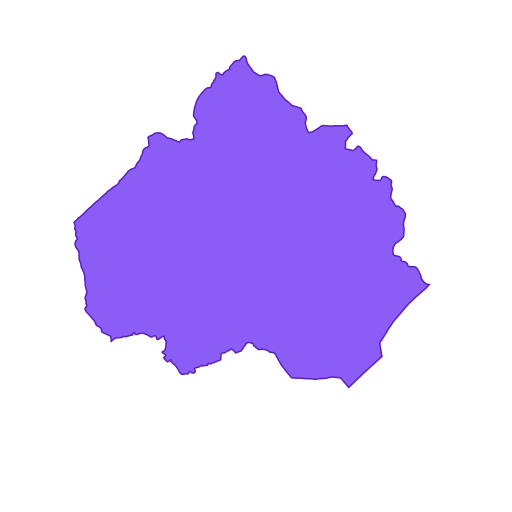 the district of San Jerónimo, Comayagua, Honduras, rotated 130°
{"feature_id": "27666195B29530067641484", "entity_name": "San Jerónimo", "entity_type": "district", "adm_level": 2, "iso_a3": "HND", "parent_name": "Honduras", "parent_adm1": "Comayagua", "projection": "mercator", "projection_center": [-87.555, 14.647], "detail": "fine", "context": "isolated", "style": "filled", "palette": "violet", "viewbox_px": 512, "rotation_deg": 130, "n_neighbors": 0, "source": "geoboundaries", "source_scale": "gbopen_adm2", "svg_char_len": 6159}
<svg xmlns="http://www.w3.org/2000/svg" viewBox="0 0 512 512"><g transform="rotate(130 256 256)"><path d="M350.0,413.3L351.9,412.4L352.3,410.4L352.6,409.8L354.8,408.6L355.9,407.4L357.0,405.7L357.3,405.0L357.2,404.3L357.6,403.8L358.6,403.5L359.7,403.9L360.4,403.8L362.1,403.0L363.8,401.8L364.9,399.7L366.6,394.5L368.2,392.8L372.3,389.3L374.6,385.1L376.2,383.5L377.0,382.2L379.4,377.2L382.0,373.7L384.8,371.3L386.5,369.4L387.9,368.4L392.4,362.3L393.6,361.7L396.7,360.7L397.8,360.1L398.5,359.4L400.1,356.8L401.9,355.4L402.3,354.2L403.0,353.5L403.4,353.4L405.0,353.5L406.5,353.0L407.2,352.0L407.8,350.0L408.5,344.6L409.0,342.3L409.5,338.4L409.9,337.2L411.0,335.3L411.6,333.7L411.6,333.0L411.0,330.4L411.0,328.4L412.5,326.2L413.1,325.9L413.2,325.5L412.9,323.0L411.2,317.4L411.0,316.1L411.8,314.4L414.2,312.4L414.5,311.9L414.3,311.8L413.5,312.0L412.0,311.7L409.0,310.8L405.5,307.2L404.2,306.3L403.1,306.1L402.3,304.8L400.9,303.4L397.4,301.1L396.4,300.0L395.4,299.9L394.0,300.5L393.2,300.3L393.1,299.9L393.4,299.2L393.5,298.5L393.4,297.7L393.1,297.2L392.1,296.3L390.3,295.3L388.7,294.2L388.0,293.3L386.6,289.7L385.5,284.0L384.6,283.5L382.9,283.0L382.0,281.9L381.9,280.7L382.5,279.6L383.4,278.6L383.3,277.7L382.5,277.2L377.7,275.8L376.9,275.3L376.6,274.8L377.0,274.0L378.0,273.4L378.5,272.8L378.7,272.1L378.8,270.8L379.5,269.5L380.7,268.8L384.1,266.3L385.5,265.7L387.2,265.4L388.2,265.6L389.3,266.1L390.1,266.0L390.3,265.6L389.8,261.9L390.0,261.2L390.7,260.9L392.6,261.5L393.5,261.0L394.1,256.1L393.6,255.6L392.7,255.1L390.5,254.8L390.3,254.6L391.1,253.9L391.7,252.6L391.7,247.2L392.9,242.8L394.4,239.3L394.4,237.4L394.1,236.2L391.1,233.9L390.0,232.2L389.3,232.2L387.6,232.7L387.1,232.5L386.7,231.8L386.9,230.7L386.8,230.1L386.3,229.1L385.7,228.5L384.5,228.1L383.9,228.1L382.8,229.0L382.0,230.6L381.6,230.8L381.0,230.7L379.9,230.0L378.0,228.4L375.3,227.7L374.9,227.3L375.0,226.6L373.0,225.0L370.9,222.8L370.2,222.9L369.1,223.5L368.7,223.4L367.8,221.4L358.2,216.3L354.1,219.4L352.6,219.6L351.6,219.3L350.3,217.7L349.3,217.3L347.3,217.1L346.2,216.0L343.5,215.3L342.9,214.7L342.7,213.6L343.2,210.0L343.4,209.5L343.0,209.0L340.5,207.7L338.2,206.3L329.4,207.2L327.7,206.7L326.6,205.8L325.1,202.2L325.3,201.3L326.0,200.4L326.2,199.6L326.1,194.1L325.6,193.4L323.3,191.3L322.0,189.1L321.0,187.0L320.8,183.6L318.8,180.4L318.5,179.2L318.8,177.9L321.0,172.5L323.4,166.0L326.5,150.6L324.1,147.2L321.3,143.8L318.9,140.3L314.5,134.7L312.8,131.9L306.9,126.1L306.2,125.2L304.2,123.4L300.2,120.5L295.6,113.8L295.1,112.6L295.2,111.0L295.5,109.2L295.8,108.2L297.1,100.5L274.5,98.0L251.9,94.9L251.4,96.0L250.5,96.7L244.6,103.6L242.8,105.3L230.3,107.0L226.8,107.7L221.7,108.1L219.4,108.5L216.5,108.6L211.2,108.5L195.4,108.4L184.0,107.1L170.7,105.0L166.5,104.9L167.6,106.6L168.0,108.3L168.1,109.1L167.7,112.5L166.9,114.7L164.6,118.0L164.1,119.5L163.0,121.5L162.2,123.7L161.9,125.5L162.0,126.6L162.3,127.5L163.5,129.2L165.5,131.6L166.0,132.7L166.0,133.2L164.7,135.0L164.5,137.0L164.8,138.4L166.1,140.6L166.3,141.4L164.8,143.4L164.2,145.2L164.5,146.2L166.5,150.2L166.6,151.3L166.3,152.2L164.3,154.3L162.1,155.7L160.5,156.6L158.5,157.0L156.3,157.1L152.1,155.9L149.1,155.4L147.3,155.3L146.3,155.5L145.0,156.2L141.7,158.8L140.6,159.4L137.9,162.5L136.2,164.0L134.1,165.2L129.9,166.9L128.6,167.8L127.7,168.6L126.2,172.4L125.9,174.3L126.3,176.0L126.2,177.8L126.4,179.1L126.9,180.0L127.8,180.2L128.2,180.9L125.6,187.4L125.9,188.2L125.7,188.9L124.8,190.2L122.1,192.2L117.2,194.6L114.8,198.1L114.0,198.8L112.7,199.3L111.1,200.8L111.5,206.1L112.0,207.5L112.9,209.2L113.6,209.9L114.4,210.1L115.2,210.0L117.1,209.3L118.2,209.5L119.5,210.8L122.0,214.5L122.1,215.1L121.6,215.8L120.5,216.6L116.3,217.4L114.2,218.1L111.7,219.1L109.1,222.5L106.1,224.2L105.2,225.2L105.3,225.5L107.6,228.6L106.9,234.9L107.1,238.5L107.0,240.6L106.7,242.5L105.6,246.1L106.1,248.4L106.9,248.7L110.4,248.7L111.9,249.0L112.8,249.4L113.3,250.1L113.8,251.5L114.9,253.7L116.1,255.4L116.3,256.7L114.3,258.0L111.2,260.7L110.1,261.1L105.8,261.5L104.8,261.3L103.3,261.4L100.9,260.9L100.3,261.1L99.8,261.7L99.4,262.5L99.0,265.5L97.9,269.4L97.5,270.1L97.5,270.5L98.0,271.2L99.4,272.1L101.7,274.4L105.7,279.6L107.4,281.0L108.8,282.7L112.4,287.8L113.4,288.9L115.0,289.7L117.8,290.3L124.0,292.3L125.2,292.9L126.4,293.9L127.3,294.9L127.6,295.5L127.2,296.6L125.0,300.4L123.0,303.1L121.8,304.2L120.0,304.9L118.4,305.8L117.1,307.0L116.3,308.9L115.6,313.2L114.0,316.0L114.1,317.1L116.0,321.7L117.0,323.7L117.4,325.0L117.5,326.5L117.3,329.0L117.5,334.7L116.6,338.5L116.2,341.9L115.6,344.0L114.8,345.4L109.6,352.3L108.8,354.3L107.3,356.6L107.6,358.7L108.2,360.5L110.2,365.0L110.8,365.6L113.9,367.5L115.1,368.7L115.7,369.6L116.5,376.1L115.1,381.9L113.8,386.6L110.7,391.0L110.2,392.5L110.3,393.5L110.9,394.1L111.8,394.3L116.7,394.4L119.5,396.9L120.8,397.5L127.4,397.6L128.8,397.1L129.5,396.2L132.8,397.6L134.1,397.9L137.2,398.4L138.2,398.0L139.1,398.8L139.9,400.1L139.9,401.2L139.6,402.4L139.7,403.0L140.5,403.6L141.8,404.0L145.0,401.5L146.6,401.2L148.3,401.2L149.6,400.6L153.2,400.3L154.4,399.5L155.8,399.1L156.3,399.2L158.5,401.3L161.1,402.1L168.3,402.2L170.8,402.1L175.6,401.0L180.2,399.1L181.9,398.4L187.0,395.3L188.2,394.4L189.0,393.6L190.5,388.5L191.3,387.1L192.4,386.6L196.5,386.6L200.0,384.5L201.9,383.8L202.7,383.1L203.9,381.1L205.2,380.0L206.0,379.0L206.3,378.8L206.6,379.0L207.3,379.9L208.8,380.6L209.5,381.1L209.8,381.7L210.0,383.0L210.7,384.2L213.9,387.0L215.3,387.9L217.6,387.6L218.0,388.0L218.6,389.5L220.5,395.9L221.5,398.1L222.6,399.8L222.5,403.5L222.7,405.9L223.2,408.1L223.9,409.4L226.6,412.2L229.8,413.1L232.5,414.5L233.6,414.9L234.3,414.9L234.8,414.8L235.9,413.2L239.0,410.2L239.9,409.0L240.6,408.6L241.2,408.6L243.4,409.8L244.4,410.2L246.0,410.5L247.3,410.4L248.8,409.9L250.8,408.6L253.6,408.1L257.3,406.7L258.6,406.6L261.4,406.7L266.1,405.5L266.8,405.7L269.4,407.3L273.1,408.4L279.6,408.2L284.0,408.4L285.8,408.9L289.0,408.1L290.2,408.1L291.6,408.4L295.4,409.8L299.2,410.3L301.7,411.2L303.8,411.2L306.7,411.5L310.9,412.3L314.0,412.5L317.8,413.4L323.8,414.0L329.3,414.9L336.7,415.5L339.7,416.1L341.5,416.8L342.3,416.5L343.0,416.4L347.1,417.1L348.5,414.6L350.0,413.3Z" fill="#8b5cf6" stroke="#5b21b6" stroke-width="1.5"/></g></svg>